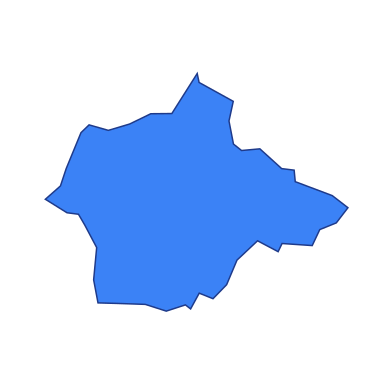 Madison, Georgia, United States of America (orthographic projection), rotated 338°
{"feature_id": "52423323B87316912703602", "entity_name": "Madison", "entity_type": "district", "adm_level": 2, "iso_a3": "USA", "parent_name": "United States of America", "parent_adm1": "Georgia", "projection": "orthographic", "projection_center": [-83.203, 34.136], "detail": "fine", "context": "isolated", "style": "filled", "palette": "blue", "viewbox_px": 384, "rotation_deg": 338, "n_neighbors": 0, "source": "geoboundaries", "source_scale": "gbopen_adm2", "svg_char_len": 672}
<svg xmlns="http://www.w3.org/2000/svg" viewBox="0 0 384 384"><g transform="rotate(338 192 192)"><path d="M53.3,143.8L68.3,164.4L78.4,170.1L80.2,182.5L82.8,207.8L67.9,236.6L63.3,259.6L80.7,267.2L106.6,278.7L123.5,292.8L143.6,294.2L146.9,299.9L160.8,288.5L171.5,298.8L189.4,290.9L208.2,272.0L234.5,261.8L249.5,279.6L256.2,273.5L283.4,286.7L296.4,274.7L314.2,274.7L330.7,265.0L320.7,247.9L291.6,221.1L294.9,210.0L283.9,203.9L271.1,177.4L253.5,172.1L248.4,163.1L252.9,140.0L264.2,123.4L239.6,93.1L241.2,84.1L202.7,111.7L183.1,104.0L159.6,105.6L137.5,103.5L121.7,91.2L111.3,95.4L84.1,123.2L72.3,137.1L53.3,143.8Z" fill="#3b82f6" stroke="#1e3a8a" stroke-width="1.5"/></g></svg>